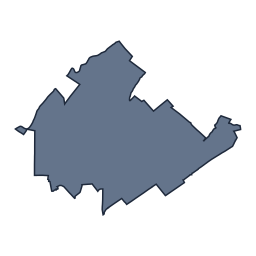 Tortoman, Constanta, Romania
{"feature_id": "2599482B73045613488071", "entity_name": "Tortoman", "entity_type": "district", "adm_level": 2, "iso_a3": "ROU", "parent_name": "Romania", "parent_adm1": "Constanta", "projection": "natural_earth1", "projection_center": [28.254, 44.36], "detail": "fine", "context": "isolated", "style": "filled", "palette": "slate", "viewbox_px": 256, "rotation_deg": 0, "n_neighbors": 0, "source": "geoboundaries", "source_scale": "gbopen_adm2", "svg_char_len": 5347}
<svg xmlns="http://www.w3.org/2000/svg" viewBox="0 0 256 256"><path d="M223.2,152.2L225.1,151.1L231.1,147.2L232.3,146.5L232.5,146.4L233.8,143.9L234.0,143.6L234.0,143.3L235.4,140.7L235.4,140.3L235.7,140.2L237.1,137.7L234.7,132.7L234.1,131.6L233.8,131.2L235.1,130.9L237.3,130.3L240.6,129.5L240.5,128.2L240.0,125.6L239.0,125.5L238.7,125.4L238.0,125.1L237.2,124.8L236.4,124.7L234.8,125.1L233.7,125.1L232.6,124.7L230.7,123.5L230.3,123.3L229.9,123.3L229.4,123.3L228.8,123.6L228.7,123.8L228.7,123.1L229.1,122.3L230.9,119.4L229.3,118.8L221.0,115.8L220.8,116.1L219.6,117.5L219.2,117.9L219.1,118.1L218.8,118.7L218.5,119.2L218.2,119.9L218.1,120.3L217.7,121.1L217.5,121.9L217.2,122.6L217.1,122.8L216.7,123.1L216.2,123.8L215.5,124.5L215.0,124.9L214.8,125.0L214.7,125.1L214.7,125.3L214.9,125.5L215.1,125.6L215.1,125.9L215.1,126.1L215.0,126.3L215.2,126.6L215.3,127.2L215.6,127.5L215.8,127.6L215.9,127.8L215.6,128.2L214.1,128.8L213.9,129.1L213.6,129.3L213.4,129.6L213.1,130.1L212.5,131.1L212.3,131.6L211.4,132.4L210.9,132.8L210.5,133.2L210.1,133.7L209.5,134.7L209.2,135.3L209.0,135.9L208.7,136.3L204.8,139.8L204.3,140.3L203.9,140.8L203.7,140.7L204.4,139.9L204.6,139.4L205.2,138.7L205.8,138.0L199.1,131.8L196.9,129.9L192.4,125.6L191.9,125.1L191.3,124.2L190.9,123.6L190.9,123.0L190.3,122.5L189.7,122.4L179.6,113.9L171.1,107.5L173.1,106.2L168.9,101.5L167.3,99.8L160.4,105.4L153.5,111.1L143.9,100.3L143.2,100.6L141.8,101.5L134.6,96.0L134.3,96.4L130.3,100.5L130.2,100.5L129.9,100.6L129.7,100.6L129.6,100.4L129.5,100.1L129.5,99.2L129.7,97.1L130.3,96.0L130.3,95.7L130.9,93.3L131.1,92.6L131.9,91.7L132.3,91.1L132.9,89.9L133.1,89.3L133.3,88.8L133.8,88.1L134.3,87.4L134.6,87.0L134.9,86.4L135.0,86.2L135.3,85.5L135.8,84.8L136.3,84.3L136.6,84.0L136.8,83.7L138.5,81.3L138.9,80.4L139.5,79.6L139.7,78.6L139.9,78.2L140.4,77.7L141.8,76.8L142.4,75.8L143.0,75.1L144.6,73.7L145.1,72.9L145.3,72.5L129.5,60.7L132.3,56.4L131.5,55.5L125.2,48.8L124.8,48.3L124.7,48.2L120.6,43.1L119.2,41.2L116.8,42.0L116.1,42.2L115.7,42.5L114.6,43.6L112.6,44.8L111.7,45.6L110.3,46.6L108.9,47.7L107.7,48.6L107.0,49.3L106.4,50.1L105.8,50.8L105.2,51.4L104.5,51.7L102.5,52.5L101.6,52.8L101.1,53.1L100.4,53.7L99.2,54.5L98.2,55.1L97.8,55.3L96.9,55.6L95.2,55.9L94.1,56.0L92.7,56.3L91.1,56.9L90.1,57.4L89.4,58.0L89.0,58.5L88.5,59.6L87.9,60.5L87.2,61.9L86.5,62.9L86.2,63.3L85.8,63.8L85.1,64.0L83.5,64.5L81.8,64.9L81.3,65.3L80.9,65.7L80.6,66.9L79.9,69.2L79.6,70.6L79.0,71.4L78.2,71.9L77.3,72.4L77.0,72.5L76.1,72.6L75.7,72.5L75.2,72.2L74.9,71.8L74.6,71.2L73.9,69.5L73.6,69.0L73.2,68.6L72.8,68.4L72.3,68.2L71.9,68.3L71.6,68.6L71.5,68.8L70.9,69.7L70.3,70.8L69.3,72.6L68.5,73.9L68.0,74.7L67.3,75.3L66.8,75.8L79.8,84.4L70.3,96.3L66.1,102.0L64.7,104.0L63.8,98.4L63.7,98.0L63.0,97.2L55.7,88.7L55.0,88.9L54.4,89.4L54.0,90.1L53.7,90.9L53.4,91.3L52.7,92.0L51.1,93.5L49.0,95.6L47.7,97.0L45.9,99.5L42.8,103.2L40.4,105.7L39.5,106.9L39.0,108.1L38.6,108.9L38.1,109.4L37.3,110.4L36.8,111.4L36.5,112.5L35.9,114.3L35.1,116.6L34.3,118.7L33.2,120.9L33.1,121.4L32.3,123.1L30.8,125.6L29.3,127.6L28.0,128.5L27.1,128.9L26.2,128.9L25.4,128.7L24.5,128.4L21.7,126.6L21.0,126.4L20.3,126.3L19.7,126.5L16.6,128.2L15.4,129.0L18.6,131.4L20.3,132.4L21.2,132.9L23.6,134.5L26.1,131.0L26.4,130.4L26.6,130.0L27.1,129.3L27.2,129.2L27.4,129.3L34.6,130.7L34.8,130.7L34.7,145.5L34.7,152.1L34.7,153.5L34.6,156.6L34.6,157.8L34.5,164.8L34.5,168.0L34.5,171.5L34.5,175.4L39.7,175.3L43.0,175.3L44.1,175.4L48.3,175.6L48.2,176.1L47.8,179.4L48.4,179.5L48.7,179.8L48.8,180.2L48.7,181.4L49.4,181.4L49.9,181.6L50.0,182.1L50.1,182.5L51.7,191.1L52.5,191.2L53.3,191.1L53.5,191.0L53.6,190.9L53.9,190.6L54.1,190.3L54.3,190.2L54.5,190.1L54.8,190.0L55.1,190.0L55.7,190.0L55.9,190.0L56.2,190.0L56.3,189.9L56.3,189.7L56.2,189.6L56.1,189.4L56.1,189.1L56.5,189.1L57.2,189.1L57.5,189.1L58.0,188.8L57.7,186.9L57.2,186.6L59.8,185.4L61.5,185.5L63.8,186.6L69.5,192.9L70.2,193.6L70.9,194.3L72.8,196.4L74.5,198.2L74.8,197.9L75.1,197.9L75.0,197.0L75.0,196.6L75.2,196.3L75.4,196.0L75.9,195.6L79.0,193.2L79.8,192.5L80.0,192.3L80.1,192.1L80.2,191.9L80.6,190.5L81.6,187.2L82.0,185.8L82.0,185.5L82.0,185.3L81.8,184.8L81.9,184.7L82.0,184.7L88.4,184.2L90.4,184.1L92.1,183.9L97.8,191.3L98.6,190.1L99.0,189.8L99.6,189.4L100.0,189.2L100.6,189.0L101.5,189.0L102.8,189.0L102.7,199.3L102.5,204.0L102.3,206.5L102.2,209.5L103.1,214.8L103.3,214.7L103.6,214.5L103.8,214.3L103.9,214.2L104.0,214.1L104.1,213.8L104.1,213.7L104.2,213.4L104.2,212.9L104.2,212.6L104.3,212.3L104.4,212.1L104.5,211.9L104.8,211.5L105.0,211.1L105.3,210.6L105.6,210.1L105.9,209.7L106.2,209.3L106.6,208.9L106.8,208.9L107.0,208.7L108.4,207.8L108.2,207.6L108.6,207.4L108.8,207.2L109.1,207.1L109.3,206.9L109.7,206.7L110.0,206.4L110.4,206.2L111.2,205.6L111.3,205.5L111.6,205.4L111.8,205.2L112.8,204.5L114.4,203.4L118.1,200.9L121.7,198.5L122.7,199.7L124.3,201.7L124.6,202.0L125.0,202.3L125.2,202.5L125.6,202.9L126.1,203.6L126.7,204.4L127.1,204.1L131.2,201.4L135.9,198.1L143.4,193.0L148.3,189.5L152.1,187.0L152.0,186.9L156.2,184.2L165.4,195.6L165.8,195.4L172.0,191.1L181.9,184.3L183.5,183.2L184.4,182.6L183.2,180.1L183.3,180.1L190.1,175.0L190.1,174.8L191.1,174.7L191.7,174.7L191.7,174.3L192.0,173.3L192.6,173.1L193.5,172.5L194.6,171.7L197.9,169.4L198.2,169.2L198.3,169.1L198.4,168.7L199.6,167.9L201.1,166.9L207.6,162.1L210.3,160.2L211.8,159.2L222.9,152.3L223.2,152.2L223.2,152.2Z" fill="#64748b" stroke="#1e293b" stroke-width="1.5"/></svg>